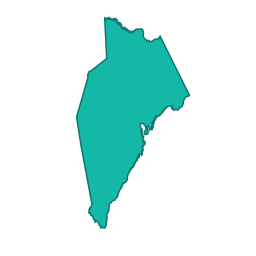 outline of Carurú, Vaupés, Colombia, rotated 193°
{"feature_id": "7082276B59007066817761", "entity_name": "Carurú", "entity_type": "district", "adm_level": 2, "iso_a3": "COL", "parent_name": "Colombia", "parent_adm1": "Vaupés", "projection": "equal_earth", "projection_center": [-71.474, 1.148], "detail": "fine", "context": "isolated", "style": "filled", "palette": "teal", "viewbox_px": 256, "rotation_deg": 193, "n_neighbors": 0, "source": "geoboundaries", "source_scale": "gbopen_adm2", "svg_char_len": 5980}
<svg xmlns="http://www.w3.org/2000/svg" viewBox="0 0 256 256"><g transform="rotate(193 128 128)"><path d="M175.4,229.8L164.4,190.9L177.3,174.8L178.5,174.5L178.7,174.0L179.2,171.0L178.4,167.5L180.6,127.1L169.8,100.3L146.1,46.0L146.4,42.2L146.6,42.2L146.7,41.7L147.2,41.6L147.2,40.8L147.7,39.7L147.0,38.8L147.3,37.8L146.9,36.5L146.2,37.0L145.1,35.1L144.5,34.6L143.9,34.7L143.5,34.3L142.9,34.2L141.9,33.3L141.2,31.6L140.0,31.2L140.0,30.7L139.4,30.0L139.0,28.9L138.9,28.8L138.0,30.1L136.7,30.3L136.5,29.9L135.0,28.6L134.1,26.6L133.2,26.7L132.6,25.9L132.0,25.6L132.2,24.8L132.0,24.5L131.4,25.1L130.6,25.1L130.1,25.5L128.6,25.2L128.1,25.5L127.4,28.0L128.3,36.2L129.3,38.9L128.7,40.1L128.0,43.8L128.8,46.0L128.4,47.2L129.0,47.9L129.1,49.2L126.3,54.0L124.7,54.6L124.4,56.1L122.7,58.5L122.9,60.1L122.7,61.4L122.9,61.9L122.3,63.9L122.6,65.0L122.3,65.3L121.8,66.7L121.4,67.0L121.7,67.9L121.2,68.0L121.2,68.7L120.8,68.9L120.6,72.6L119.7,72.9L119.6,73.4L117.9,75.0L117.5,75.8L117.1,77.6L117.3,78.4L117.6,78.6L117.3,79.3L117.7,80.0L117.5,81.8L117.6,83.1L117.0,84.6L116.9,85.4L116.4,86.2L116.5,86.5L116.2,86.8L116.4,88.7L116.1,88.9L115.7,88.6L115.5,88.9L115.5,90.1L114.4,90.4L114.2,91.3L114.4,91.5L113.9,92.0L114.2,92.4L113.8,93.1L114.2,93.2L114.2,94.0L113.6,94.3L113.8,95.5L113.5,95.7L113.5,95.1L113.3,95.0L113.1,96.9L112.3,97.7L112.8,98.6L112.4,98.7L112.3,98.2L111.9,98.5L112.6,100.2L112.4,100.5L111.9,99.8L112.0,101.5L111.6,100.8L111.3,101.0L111.4,102.2L111.8,102.2L111.9,102.7L111.7,102.8L110.8,102.2L110.9,102.9L110.6,103.3L110.8,104.5L111.1,104.6L111.5,104.1L111.7,104.3L111.4,105.3L110.7,105.3L109.7,105.9L109.1,105.7L108.7,105.2L108.4,105.8L108.3,105.0L108.0,105.5L108.9,107.1L108.6,108.6L109.5,108.4L109.4,109.0L108.4,109.6L108.2,110.1L109.1,110.3L109.3,111.0L109.0,111.4L109.0,112.1L109.2,112.3L109.5,112.0L109.7,112.8L109.2,113.1L109.4,113.5L109.2,113.8L109.8,113.7L109.1,115.0L108.1,115.5L108.2,116.2L107.9,116.6L108.1,117.1L107.9,117.6L108.4,118.1L109.1,117.7L109.2,118.7L109.8,118.4L109.7,117.7L110.3,117.9L110.8,119.0L110.5,120.1L110.9,120.0L111.3,120.5L111.1,121.9L110.7,122.5L111.2,122.9L111.2,123.5L111.7,123.2L112.3,123.4L112.6,123.9L113.1,123.7L112.8,124.4L112.9,124.8L112.5,125.2L112.7,125.6L113.0,125.1L113.4,125.3L113.4,126.9L113.8,127.2L113.3,127.7L114.6,128.1L113.9,128.6L113.8,129.9L115.2,130.4L115.7,131.0L116.3,133.0L117.0,134.2L116.9,134.6L116.3,135.3L114.8,135.9L111.9,134.2L110.1,131.8L110.9,128.3L110.9,126.7L110.7,125.9L109.7,125.5L107.5,126.7L107.4,128.7L109.6,132.9L109.6,133.9L109.3,134.4L108.0,134.2L106.6,131.1L106.2,132.0L105.6,132.4L104.9,131.6L104.1,131.8L104.2,132.2L104.7,132.2L105.3,132.8L105.0,133.1L104.4,132.7L104.1,133.1L104.2,133.3L104.6,133.1L104.7,133.6L105.1,133.7L105.0,135.1L104.5,134.6L103.7,134.5L103.8,135.0L104.7,135.6L104.6,135.9L104.1,136.0L104.4,136.8L104.0,137.2L104.4,138.0L105.1,137.2L105.4,138.0L104.5,138.4L105.3,138.7L104.4,139.0L105.2,139.9L105.0,140.4L104.3,140.1L104.5,140.4L104.6,141.3L104.4,141.5L104.0,140.9L103.6,141.3L103.3,142.0L103.4,142.3L103.8,142.1L103.9,142.7L104.5,142.8L104.5,143.1L103.3,142.8L102.8,144.0L103.2,144.4L102.9,145.4L103.4,145.6L103.7,145.3L103.7,146.2L102.5,146.1L102.2,145.8L101.9,146.0L101.6,145.7L101.4,146.0L101.7,146.4L100.7,146.9L100.7,147.3L100.3,147.8L99.8,147.5L99.6,148.1L99.4,148.1L99.0,149.6L98.5,149.9L98.3,150.3L98.1,150.3L98.1,150.9L97.7,151.3L97.9,151.7L97.6,151.6L97.4,152.4L97.0,152.6L97.2,153.6L96.8,154.5L96.6,154.4L96.5,154.9L96.0,155.1L96.0,155.6L95.7,155.5L95.8,155.9L95.4,156.2L95.4,156.7L94.8,157.0L94.9,157.3L94.4,157.4L94.3,157.8L93.3,158.7L91.7,158.7L91.0,159.2L90.3,159.2L89.7,158.5L89.9,158.0L89.8,157.7L90.0,157.6L89.8,157.0L89.4,156.7L88.7,157.1L88.8,156.6L88.1,156.7L88.1,156.3L87.6,156.1L87.5,155.6L85.6,156.8L83.6,156.6L82.6,158.6L82.1,158.7L81.9,159.2L81.9,159.7L81.7,160.3L81.2,160.6L80.3,160.7L80.1,161.9L79.7,162.5L79.9,163.4L79.7,164.5L80.0,166.2L79.6,169.0L79.2,170.4L77.5,172.3L76.2,172.7L75.4,173.6L117.4,224.7L118.3,221.9L118.9,221.8L119.6,220.8L121.1,221.0L121.3,220.9L121.5,220.4L122.0,220.4L123.3,218.8L123.6,217.9L124.2,218.1L125.2,216.8L125.7,216.7L127.1,217.9L127.7,218.1L128.3,217.1L129.1,216.6L129.9,218.1L131.2,218.3L133.2,219.9L134.2,221.7L134.1,223.0L134.6,225.2L136.0,227.1L137.0,227.6L137.7,227.6L138.6,226.9L142.5,226.1L143.5,224.3L143.8,224.3L144.0,224.7L143.9,223.9L144.3,223.5L144.2,223.2L144.6,223.5L144.8,223.1L144.8,223.5L145.0,223.4L144.8,222.7L145.1,222.4L145.3,223.0L145.4,222.3L145.7,222.3L145.6,221.9L146.0,221.9L146.0,222.4L146.3,222.7L146.5,222.1L146.9,221.8L147.6,222.2L147.6,221.6L148.0,222.0L148.2,221.7L148.4,221.9L148.2,222.2L148.4,222.5L148.4,223.1L149.1,223.1L149.2,222.7L149.4,223.1L149.7,223.1L149.8,222.8L150.1,222.7L150.2,223.4L150.8,223.5L150.8,223.0L151.2,223.5L151.3,223.1L151.4,223.7L151.7,223.2L151.8,223.6L152.4,223.6L152.6,224.1L153.0,223.7L153.2,224.2L153.3,223.7L153.6,223.9L154.4,223.2L154.8,223.5L154.5,223.8L154.8,224.0L154.7,224.5L155.1,224.2L155.4,224.4L155.4,223.7L155.7,224.0L155.7,224.8L156.1,224.5L156.9,224.4L157.0,224.8L157.5,225.1L157.2,225.4L157.3,226.2L158.2,226.3L158.0,226.7L157.5,226.6L157.5,226.9L158.2,227.3L158.3,227.7L158.6,227.6L158.8,228.0L159.1,228.0L159.3,228.4L159.5,228.2L160.1,228.8L160.2,228.6L159.9,228.0L159.7,228.2L159.7,227.6L160.1,227.6L160.1,226.8L160.6,227.0L160.9,226.7L161.2,228.0L161.5,227.8L161.4,227.3L162.1,227.8L161.7,227.8L162.2,228.4L162.0,228.8L162.5,229.3L162.1,229.5L162.2,230.0L163.1,230.8L163.3,230.7L163.8,231.4L164.2,231.4L164.1,230.9L164.4,230.9L164.5,231.5L165.0,231.0L164.8,230.8L165.0,230.5L164.9,230.1L165.1,229.9L165.3,230.3L165.3,229.8L165.6,229.4L165.8,230.7L166.2,229.8L166.4,230.3L166.6,229.9L167.2,229.8L167.3,230.5L167.6,230.0L168.0,230.0L169.2,230.7L169.1,230.2L169.9,230.3L169.7,229.8L170.7,230.1L170.8,229.7L171.1,229.8L171.0,230.3L171.4,231.1L171.6,230.5L171.9,230.6L171.9,230.9L172.4,230.7L172.5,229.5L172.8,229.2L173.3,229.8L173.6,229.4L174.0,229.7L174.1,229.1L175.4,229.8Z" fill="#14b8a6" stroke="#0f766e" stroke-width="1.5"/></g></svg>